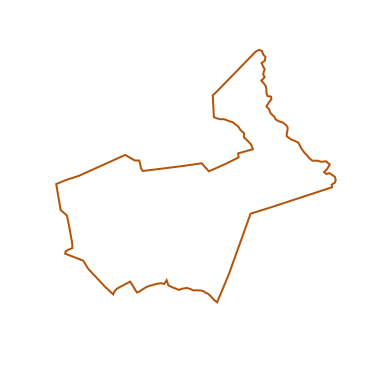 Capim Grosso, Bahia, Brazil, rotated 71°
{"feature_id": "56859067B2798558104088", "entity_name": "Capim Grosso", "entity_type": "district", "adm_level": 2, "iso_a3": "BRA", "parent_name": "Brazil", "parent_adm1": "Bahia", "projection": "natural_earth1", "projection_center": [-40.008, -11.3], "detail": "fine", "context": "isolated", "style": "outline", "palette": "amber", "viewbox_px": 384, "rotation_deg": 71, "n_neighbors": 0, "source": "geoboundaries", "source_scale": "gbopen_adm2", "svg_char_len": 1870}
<svg xmlns="http://www.w3.org/2000/svg" viewBox="0 0 384 384"><g transform="rotate(71 192 192)"><path d="M79.5,82.3L80.0,86.1L105.6,136.8L107.3,140.9L128.3,146.9L130.4,144.6L132.5,141.4L133.4,138.4L134.8,136.4L137.1,133.9L139.0,131.0L141.6,129.3L145.1,127.0L149.0,126.0L151.3,124.9L153.4,123.6L157.2,125.0L160.8,123.2L163.3,122.0L165.6,120.9L167.9,120.6L171.4,120.5L170.5,135.8L174.5,136.7L176.3,150.6L177.4,162.8L177.9,169.3L168.0,173.5L164.1,193.9L156.1,231.7L152.9,232.5L148.8,231.9L145.1,231.7L143.5,235.9L135.2,243.1L139.9,293.9L139.6,307.0L140.3,317.8L166.2,322.1L173.5,317.9L182.1,319.0L199.9,321.7L203.4,322.5L206.1,323.4L206.3,327.3L206.8,330.7L209.1,332.0L221.5,317.2L230.9,315.1L252.6,305.4L263.1,299.9L260.6,297.5L259.1,294.6L258.4,291.5L258.0,288.7L257.4,284.6L256.6,279.6L269.1,276.8L269.0,274.0L267.9,270.0L267.0,266.0L266.9,262.4L267.4,254.9L268.2,250.9L269.9,248.2L267.2,244.7L269.8,244.7L272.7,244.7L276.2,241.1L278.5,238.3L280.3,236.3L280.3,232.4L281.1,228.0L283.3,225.0L285.6,222.6L286.4,219.7L287.6,216.7L289.0,214.0L291.3,212.1L293.7,209.8L297.1,208.0L301.0,206.4L304.5,204.2L282.3,184.4L255.3,162.7L231.6,143.7L231.7,140.1L231.8,135.3L232.1,125.4L233.1,58.0L230.6,57.6L229.6,53.8L227.5,52.2L224.1,52.0L221.9,53.5L218.9,55.9L218.7,59.1L216.3,60.7L214.5,57.2L212.6,54.7L210.7,52.8L206.6,55.4L205.4,60.2L203.2,63.3L201.6,68.0L197.9,70.2L194.2,71.5L191.6,72.8L189.2,73.6L186.3,74.5L182.8,74.9L179.7,75.5L176.8,78.6L174.3,81.4L172.1,83.0L169.9,84.3L167.4,83.3L164.5,81.5L162.1,80.6L159.5,81.2L156.1,83.3L153.4,86.9L150.5,89.3L147.6,89.7L144.4,91.5L142.1,92.2L138.9,92.1L135.4,93.8L132.3,90.1L130.1,86.7L127.6,86.2L125.7,89.4L122.2,89.3L118.7,88.1L115.8,87.8L112.9,88.7L109.2,90.1L107.1,85.9L103.9,86.4L101.8,85.0L99.5,83.3L96.0,83.9L92.8,84.3L91.5,80.3L88.1,78.6L85.2,79.9L81.4,79.9L79.5,82.3Z" fill="none" stroke="#b45309" stroke-width="2"/></g></svg>